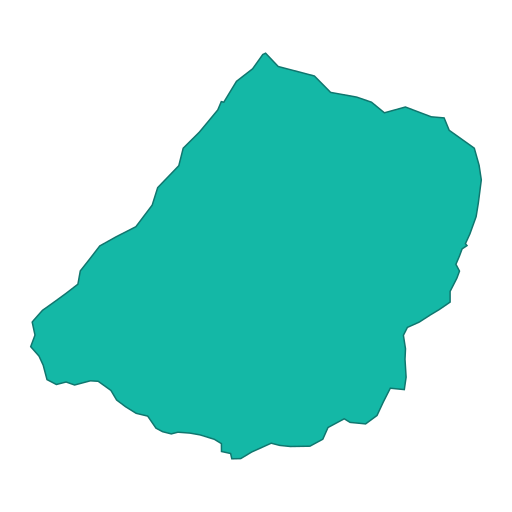 Kelokedara, Paphos, Cyprus (Robinson projection)
{"feature_id": "46923920B54949765658337", "entity_name": "Kelokedara", "entity_type": "district", "adm_level": 2, "iso_a3": "CYP", "parent_name": "Cyprus", "parent_adm1": "Paphos", "projection": "robinson", "projection_center": [32.643, 34.814], "detail": "fine", "context": "isolated", "style": "filled", "palette": "teal", "viewbox_px": 512, "rotation_deg": 0, "n_neighbors": 0, "source": "geoboundaries", "source_scale": "gbopen_adm2", "svg_char_len": 1305}
<svg xmlns="http://www.w3.org/2000/svg" viewBox="0 0 512 512"><path d="M221.3,101.6L217.8,109.9L199.4,132.1L183.2,148.2L178.8,165.7L157.7,187.6L152.2,205.1L135.9,226.7L116.1,236.8L99.8,245.9L89.7,259.0L80.3,270.9L77.9,284.2L65.6,293.7L51.7,303.8L42.5,310.3L33.8,320.1L32.2,322.1L35.0,335.1L30.7,346.7L39.0,356.1L43.2,365.2L47.0,379.6L56.4,384.5L66.1,382.0L74.6,385.0L90.4,380.8L98.2,381.3L110.9,390.4L116.6,400.0L125.5,406.7L136.1,413.3L147.7,416.1L156.0,428.2L162.6,431.7L171.3,433.9L177.9,432.2L190.0,433.1L200.1,434.9L214.3,439.3L221.4,443.6L221.5,451.5L230.6,453.5L231.8,458.8L236.6,458.7L240.7,458.6L251.7,452.0L271.2,443.2L279.7,445.4L290.4,446.5L309.9,446.2L322.8,439.2L328.0,427.5L344.2,418.8L350.1,422.4L359.6,423.3L365.6,423.9L377.0,415.5L383.3,402.0L390.3,388.2L404.3,389.6L406.1,377.2L405.0,359.3L405.5,348.8L403.4,335.3L407.4,327.4L419.4,322.0L430.2,315.0L439.2,309.6L450.1,302.1L450.1,291.4L456.9,278.1L459.5,271.1L455.9,264.3L459.3,256.4L462.1,248.9L467.0,245.6L465.4,243.7L469.9,233.9L476.1,216.7L478.3,203.2L481.3,179.9L479.1,165.3L474.3,148.2L449.2,130.3L444.1,117.9L431.2,116.8L405.4,107.0L384.4,112.8L371.5,102.2L356.7,97.1L330.6,92.4L314.4,76.0L278.2,66.5L265.6,53.2L262.8,54.5L252.6,68.8L236.5,81.3L223.8,102.2L221.3,101.6Z" fill="#14b8a6" stroke="#0f766e" stroke-width="1.5"/></svg>